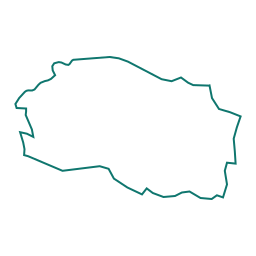 an SVG outline of Monte Cristi
{"feature_id": "DOM-1964", "entity_name": "Monte Cristi", "entity_type": "Province", "adm_level": 1, "iso_a3": "DOM", "parent_name": "Dominican Republic", "parent_adm1": "", "projection": "albers", "projection_center": [-71.5, 19.721], "detail": "fine", "context": "isolated", "style": "outline", "palette": "teal", "viewbox_px": 256, "rotation_deg": 0, "n_neighbors": 0, "source": "natural_earth", "source_scale": "10m", "svg_char_len": 932}
<svg xmlns="http://www.w3.org/2000/svg" viewBox="0 0 256 256"><path d="M24.1,155.1L24.5,149.2L23.2,142.5L20.1,132.2L26.9,133.7L33.3,136.9L31.9,129.5L25.7,115.0L26.1,111.3L26.1,108.5L16.6,108.0L15.4,104.0L19.2,98.0L24.8,91.9L26.4,90.8L28.2,90.4L32.1,90.5L34.5,89.5L38.5,84.7L40.6,82.8L44.8,81.1L47.9,80.4L51.0,78.9L55.1,75.2L52.7,70.4L52.3,66.2L54.2,63.3L58.7,62.1L61.4,62.5L65.7,64.5L68.4,64.9L69.5,64.1L72.0,60.6L73.3,59.8L109.6,57.0L118.8,58.3L127.9,61.6L161.6,79.2L171.6,81.2L181.0,77.5L188.1,82.7L193.2,85.1L208.8,85.6L209.5,85.4L212.0,98.1L219.0,109.0L230.0,112.2L240.6,116.4L236.8,127.5L233.7,138.7L234.8,151.2L235.6,163.6L227.0,162.7L224.8,170.8L227.0,184.4L223.0,197.4L216.9,195.3L211.7,199.0L200.5,198.0L189.5,191.5L181.9,192.5L175.0,196.0L163.5,197.0L152.8,193.0L146.7,188.4L142.0,194.4L127.4,187.5L113.9,178.6L108.6,168.8L99.7,166.2L62.5,170.8L28.1,156.2L24.1,155.1Z" fill="none" stroke="#0f766e" stroke-width="2"/></svg>